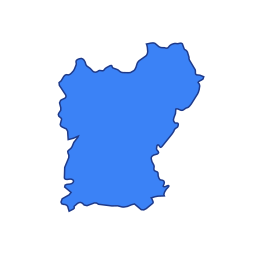 outline of Yonne, rotated 69°
{"feature_id": "FRA-5356", "entity_name": "Yonne", "entity_type": "Metropolitan department", "adm_level": 1, "iso_a3": "FRA", "parent_name": "France", "parent_adm1": "", "projection": "mercator", "projection_center": [3.524, 47.862], "detail": "fine", "context": "isolated", "style": "filled", "palette": "blue", "viewbox_px": 256, "rotation_deg": 69, "n_neighbors": 0, "source": "natural_earth", "source_scale": "10m", "svg_char_len": 3549}
<svg xmlns="http://www.w3.org/2000/svg" viewBox="0 0 256 256"><g transform="rotate(69 128 128)"><path d="M92.0,188.4L90.3,188.2L89.3,187.2L87.3,184.4L85.1,183.5L80.0,182.9L78.1,181.0L77.8,179.6L77.6,176.5L77.2,175.3L76.2,174.5L75.0,174.3L63.6,176.8L60.9,176.1L60.0,173.5L56.8,169.4L56.1,167.8L56.1,166.5L57.1,164.5L57.1,163.0L56.5,161.2L55.0,158.3L53.8,156.9L50.7,154.0L49.8,153.4L48.7,153.0L47.7,152.9L46.5,152.1L46.1,151.1L45.9,149.8L46.0,148.3L46.3,146.8L46.4,146.5L47.2,145.7L48.0,145.1L49.1,144.7L51.3,144.4L53.4,144.6L54.4,144.5L55.4,144.2L58.9,141.9L62.4,140.5L63.4,139.8L64.3,138.3L64.4,137.1L64.3,136.0L64.0,134.8L64.1,133.8L64.5,133.1L65.0,132.2L65.6,130.9L65.4,129.8L64.3,128.0L63.9,126.4L63.4,122.3L63.7,121.1L64.2,120.8L65.6,120.9L66.6,120.5L67.4,119.6L69.2,117.5L70.2,116.5L72.5,115.2L73.5,114.4L74.4,113.0L76.5,107.9L77.1,105.9L76.7,103.1L76.5,101.9L76.0,100.8L74.3,98.9L70.9,96.2L70.0,95.1L69.2,93.6L67.2,85.7L66.7,84.6L65.9,83.7L65.1,83.0L63.7,82.2L59.5,81.0L57.6,80.7L56.2,80.7L56.6,78.5L56.9,76.4L57.4,74.5L57.8,73.6L58.5,72.6L59.8,71.8L63.2,70.0L64.5,68.7L65.1,67.6L66.0,65.5L66.1,65.2L66.8,64.3L67.3,63.4L67.5,62.3L67.1,61.3L66.5,60.3L66.0,59.3L65.7,58.1L65.6,57.1L65.6,55.9L65.7,54.9L65.9,53.8L66.4,52.8L66.9,51.9L67.2,51.0L67.4,49.5L67.7,48.3L68.2,47.6L68.9,47.1L74.3,47.2L75.0,47.0L75.8,46.3L76.4,45.9L77.4,45.5L78.5,45.3L83.8,45.7L85.0,46.2L86.7,46.3L97.7,44.4L98.8,44.6L100.9,45.4L101.9,45.5L102.9,45.0L104.5,41.9L107.3,38.9L109.2,40.5L109.6,42.6L109.7,44.0L110.1,45.7L110.7,46.3L112.6,45.7L114.5,46.0L117.8,47.9L119.7,49.4L121.1,50.8L128.2,60.3L129.5,62.5L130.2,64.1L130.3,65.2L130.2,66.4L130.3,67.2L130.9,69.7L131.0,70.7L130.7,71.7L130.1,72.6L128.2,74.5L127.6,75.5L127.5,76.6L131.5,78.5L134.8,81.4L136.7,82.7L138.2,82.9L140.1,82.3L140.6,81.6L140.8,80.7L141.3,79.9L142.3,79.6L144.0,80.5L144.9,81.5L145.2,82.8L145.5,84.0L146.1,85.2L147.6,86.6L149.4,89.1L157.2,102.5L157.7,103.6L157.7,104.5L157.0,105.0L155.1,105.4L154.6,105.9L154.5,106.3L154.7,107.1L155.5,107.7L157.7,108.9L158.7,108.9L160.7,108.2L162.0,108.3L162.5,109.0L162.8,110.0L162.5,113.3L162.6,114.5L163.1,116.0L163.9,116.8L164.9,117.3L167.8,117.7L172.0,117.2L172.8,117.3L173.5,117.5L175.2,118.4L176.2,118.7L177.1,118.6L178.0,118.0L179.5,116.4L180.4,116.1L181.4,116.3L183.5,117.0L185.8,117.1L186.9,116.9L187.8,116.6L188.4,115.8L188.9,114.9L189.6,114.1L190.6,113.5L192.1,113.7L193.2,114.5L194.3,115.6L195.1,116.0L195.7,115.5L196.0,114.7L196.1,113.6L196.0,112.6L196.0,111.6L196.2,110.9L196.8,110.6L197.4,111.2L198.9,114.2L200.8,116.7L202.1,117.8L203.1,118.4L204.4,118.4L202.4,124.3L201.8,127.5L201.6,131.4L202.5,131.1L205.6,131.0L206.5,131.2L207.1,131.8L209.8,139.8L210.1,142.6L209.0,144.9L201.2,149.2L200.9,152.1L201.0,156.7L200.3,160.2L199.6,161.8L196.9,165.6L195.0,170.9L188.6,182.9L186.8,184.2L185.9,186.2L185.8,194.1L184.2,196.5L182.2,197.4L181.2,198.1L180.4,199.1L180.1,200.6L180.3,202.2L181.8,206.3L182.4,206.6L183.0,206.7L183.7,207.1L184.1,208.2L184.6,212.8L179.7,212.4L178.3,212.8L176.9,214.1L176.1,215.7L175.0,217.0L173.1,217.1L170.5,214.8L169.3,206.9L167.7,204.2L160.4,208.3L158.8,207.2L158.7,205.3L159.6,202.1L159.7,200.3L159.2,198.9L158.4,198.0L157.5,197.8L156.4,198.2L155.5,199.2L154.9,200.4L154.2,203.3L153.5,204.6L152.7,205.2L151.8,205.3L142.1,201.2L134.4,193.9L132.3,193.0L129.8,193.0L128.1,192.6L127.3,190.9L126.6,188.7L125.4,186.9L122.0,183.7L118.8,178.3L117.8,177.3L118.0,182.7L117.4,188.0L109.4,185.5L106.8,185.9L103.4,189.2L101.9,190.1L100.4,190.0L95.9,186.8L95.2,186.8L92.0,188.4Z" fill="#3b82f6" stroke="#1e3a8a" stroke-width="1.5"/></g></svg>